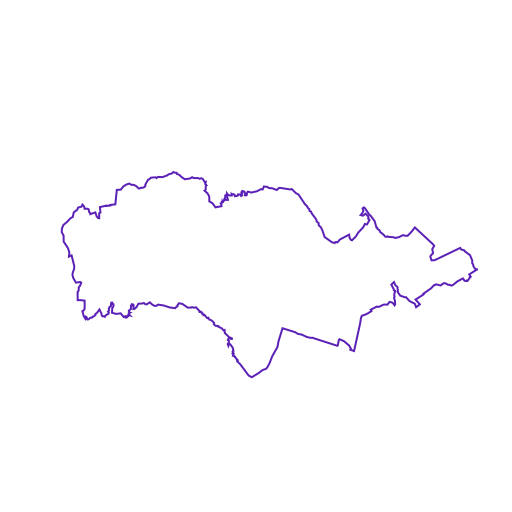 the district of Vitomiresti, Olt, Romania, rotated 235°
{"feature_id": "2599482B1675604721620", "entity_name": "Vitomiresti", "entity_type": "district", "adm_level": 2, "iso_a3": "ROU", "parent_name": "Romania", "parent_adm1": "Olt", "projection": "natural_earth1", "projection_center": [24.373, 44.847], "detail": "fine", "context": "isolated", "style": "outline", "palette": "violet", "viewbox_px": 512, "rotation_deg": 235, "n_neighbors": 0, "source": "geoboundaries", "source_scale": "gbopen_adm2", "svg_char_len": 6113}
<svg xmlns="http://www.w3.org/2000/svg" viewBox="0 0 512 512"><g transform="rotate(235 256 256)"><path d="M188.3,402.5L186.7,397.5L185.6,391.8L187.3,389.5L188.8,388.4L189.4,384.1L190.9,380.4L192.5,379.4L195.6,375.6L196.6,375.1L196.7,374.0L198.0,372.9L200.9,372.6L204.3,371.5L206.4,371.9L208.5,371.1L209.7,371.5L210.2,371.0L216.6,373.2L223.3,373.0L224.8,372.5L231.5,372.7L233.6,372.5L234.0,371.9L233.8,370.5L231.4,370.0L230.2,367.8L229.5,365.2L227.7,366.7L227.8,370.1L224.2,370.5L223.0,370.3L222.3,369.3L220.4,369.7L218.2,364.9L219.8,363.5L218.0,360.2L216.5,353.0L214.7,348.9L213.8,343.6L214.5,343.1L216.9,343.0L220.1,344.5L221.4,334.0L220.6,331.5L220.6,330.3L221.6,329.7L221.8,328.3L221.5,327.9L223.7,326.1L232.2,323.1L238.9,325.1L242.4,325.6L245.2,325.0L247.1,326.2L249.4,325.5L251.3,326.3L259.2,326.1L260.7,326.6L262.1,325.7L263.9,326.5L265.7,326.1L267.8,326.4L270.2,325.8L282.0,326.1L284.7,324.7L290.3,323.7L290.7,322.4L298.2,314.6L298.6,313.3L298.1,310.9L302.1,308.2L304.2,305.6L306.1,304.9L308.4,302.4L306.7,299.6L307.9,298.4L308.5,293.8L310.8,288.3L312.3,287.4L313.4,286.0L312.6,284.4L311.4,283.7L311.3,282.5L312.1,281.7L313.2,282.8L315.4,283.4L316.9,282.3L317.0,281.8L316.4,281.4L316.9,281.3L316.5,280.5L313.7,279.4L313.7,278.2L315.5,278.2L316.2,277.5L316.7,276.6L315.9,275.7L317.1,273.0L318.5,273.5L319.9,272.8L320.0,271.6L320.6,271.5L319.5,270.8L320.5,269.4L322.1,268.1L324.0,268.1L322.6,267.0L323.1,266.8L323.3,265.6L321.7,264.4L322.2,265.7L321.6,266.6L318.1,265.2L319.3,263.5L321.1,263.3L320.8,262.5L319.1,261.7L319.8,261.7L319.3,260.3L320.1,260.2L319.3,259.7L319.9,259.0L318.9,258.0L319.2,257.3L318.1,257.2L316.6,256.3L319.1,250.7L324.2,250.6L327.5,249.1L331.2,251.6L332.7,252.0L335.3,252.2L339.0,251.3L339.2,252.8L342.3,255.1L342.3,256.0L344.2,255.8L345.5,257.3L345.7,256.4L349.6,256.6L351.1,255.8L351.6,254.1L353.2,253.1L355.7,249.5L357.2,248.9L357.3,246.5L359.7,241.7L363.8,240.2L366.3,239.8L368.6,238.3L369.7,238.7L371.2,236.9L372.2,236.4L371.9,234.4L373.1,230.9L372.9,229.7L374.3,224.5L377.0,221.1L376.9,219.2L377.7,219.1L378.5,218.2L380.4,214.9L380.1,213.1L380.4,211.4L378.0,206.3L376.7,205.4L376.5,203.6L377.0,202.1L377.9,201.0L377.9,199.9L378.6,198.6L381.9,198.0L383.3,197.3L385.0,196.0L385.6,194.9L388.1,193.6L388.9,190.6L389.1,187.3L387.9,183.3L390.0,179.9L379.0,170.4L381.4,165.9L380.9,165.7L382.8,162.1L383.1,162.3L385.6,156.2L380.8,153.5L381.0,152.1L376.9,149.2L377.7,148.4L379.8,148.2L383.9,149.4L385.3,144.3L386.3,144.8L387.4,144.5L390.3,145.7L391.6,144.8L393.0,142.7L395.2,143.6L397.6,143.3L396.5,141.4L397.7,138.1L396.4,136.1L396.3,131.8L393.1,128.3L393.3,125.4L392.3,120.8L391.9,116.1L389.8,112.7L386.9,110.5L383.1,110.1L378.1,106.7L370.3,106.5L365.9,105.1L362.8,102.4L362.3,105.3L352.1,101.4L349.9,99.8L347.6,96.5L345.8,94.8L342.7,93.7L337.5,93.2L335.5,97.2L334.3,97.5L332.5,94.7L332.0,92.8L329.6,91.1L328.7,89.1L322.1,84.6L320.5,87.0L317.7,90.0L311.0,85.3L310.2,83.3L310.4,82.2L305.9,80.5L302.3,80.2L302.5,80.6L304.0,80.8L304.2,81.7L303.2,82.1L300.7,81.5L300.2,82.4L300.4,84.7L299.6,86.4L300.0,87.1L299.6,88.4L299.8,90.6L300.6,91.1L300.6,93.1L302.0,97.1L297.6,96.4L295.6,95.5L294.6,95.7L294.1,96.6L293.1,97.2L293.5,97.5L293.3,98.5L293.7,99.7L293.2,101.6L293.9,102.9L295.4,102.9L295.7,104.4L297.5,105.4L297.5,106.1L298.3,106.8L298.2,108.4L300.8,110.7L300.3,111.5L299.1,110.7L298.5,111.5L297.6,111.3L296.5,110.1L295.9,108.5L292.1,105.5L288.8,108.2L286.7,112.2L281.6,112.7L281.2,113.3L281.5,113.8L280.5,114.1L280.7,114.6L279.1,114.6L280.8,115.3L280.1,115.8L280.3,116.2L280.0,116.7L281.1,117.6L279.8,118.6L281.2,118.4L281.7,119.3L282.2,119.4L281.9,120.4L282.8,119.9L283.9,120.2L284.2,120.6L284.3,123.1L287.1,125.2L287.6,126.5L286.7,126.6L286.9,127.4L286.0,127.6L282.9,125.1L282.3,126.3L282.8,129.2L284.4,132.3L282.4,135.4L281.8,137.2L280.2,137.6L279.1,138.6L278.9,142.5L276.1,143.0L273.4,144.2L272.3,145.9L272.4,147.6L271.7,148.6L268.3,152.1L263.7,155.5L259.6,159.8L260.1,161.9L259.8,162.8L260.6,163.3L261.5,165.7L259.1,168.1L252.8,170.5L250.8,173.6L250.8,174.3L249.2,175.5L248.4,177.4L243.7,178.1L242.6,177.6L242.4,177.8L242.9,178.0L242.6,178.5L240.9,179.3L239.7,178.9L239.6,179.3L237.7,179.0L237.5,180.0L233.5,180.3L232.9,180.6L232.8,181.5L230.8,181.3L228.8,182.6L226.8,183.1L225.1,183.3L224.3,182.3L222.1,182.8L220.5,184.8L219.7,185.0L219.6,184.7L216.3,186.5L213.6,186.8L213.4,187.8L210.8,186.3L205.0,187.4L202.4,189.0L201.9,188.8L202.2,188.1L204.3,186.6L203.4,184.7L202.0,185.1L201.0,184.7L200.1,182.3L198.5,181.9L199.8,183.4L198.7,183.4L198.4,184.3L194.1,184.3L191.3,183.2L191.5,182.6L191.0,181.9L189.6,181.9L189.6,180.8L188.9,180.7L188.4,181.2L187.6,180.2L187.4,180.8L185.7,180.6L185.4,181.1L183.0,180.9L181.7,181.3L180.9,181.1L180.9,180.3L180.6,180.2L176.4,181.0L162.4,181.4L159.1,183.0L158.6,191.0L158.8,196.0L157.8,199.6L158.4,201.6L160.3,205.4L164.5,211.7L169.1,221.3L173.3,225.6L181.6,236.3L171.1,244.4L168.4,245.5L165.2,248.5L160.6,251.1L157.6,253.8L156.9,255.1L135.8,271.1L135.8,271.6L139.8,275.8L139.9,276.7L135.8,279.2L129.4,280.9L125.7,280.6L125.2,279.5L121.9,281.8L141.3,302.9L144.8,306.2L146.3,308.3L145.0,313.2L144.6,319.0L146.2,319.2L145.3,326.0L144.5,326.5L143.7,328.1L143.1,332.2L142.5,333.5L140.8,335.7L141.8,339.1L139.4,341.1L136.1,341.2L136.5,342.2L139.5,344.1L142.5,345.0L143.3,346.3L144.6,346.7L145.6,347.6L146.6,348.7L146.9,349.8L147.6,350.0L148.9,349.3L149.8,349.8L154.9,350.4L155.5,354.1L152.0,353.4L149.5,354.1L144.6,351.4L140.8,351.4L136.8,354.3L136.1,355.3L131.0,355.9L125.9,358.7L122.2,357.8L122.4,362.5L128.8,361.7L128.4,371.3L129.1,371.4L129.1,380.8L130.0,385.2L129.6,385.5L129.5,387.3L126.0,390.3L126.0,394.4L124.7,395.7L122.3,396.8L121.3,398.1L119.6,399.2L119.3,401.0L119.7,406.7L118.9,412.7L116.1,412.6L114.8,414.0L115.0,414.7L114.3,415.0L115.7,419.0L116.9,419.2L116.0,419.4L115.9,420.0L118.6,420.1L118.3,428.2L118.0,429.1L117.4,429.4L118.4,429.3L118.4,428.9L120.2,428.1L122.8,428.2L124.6,429.0L126.2,429.0L128.1,430.5L133.9,431.8L140.2,429.7L141.1,429.9L143.7,427.8L145.5,427.9L150.1,399.9L151.8,397.3L155.4,398.4L156.1,399.3L156.8,402.7L160.5,404.3L162.1,407.8L164.7,407.6L188.3,402.5Z" fill="none" stroke="#5b21b6" stroke-width="2"/></g></svg>